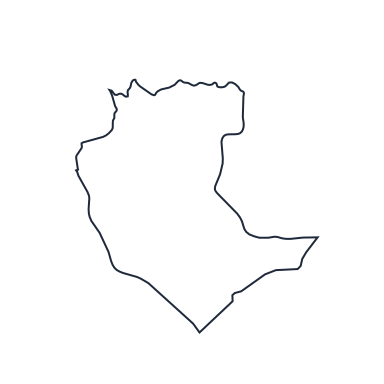 SVG path tracing the border of Central Equatoria, rotated 133°
{"feature_id": "SDS-865", "entity_name": "Central Equatoria", "entity_type": "State", "adm_level": 1, "iso_a3": "SSD", "parent_name": "South Sudan", "parent_adm1": "", "projection": "robinson", "projection_center": [30.797, 4.842], "detail": "fine", "context": "isolated", "style": "outline", "palette": "slate", "viewbox_px": 384, "rotation_deg": 133, "n_neighbors": 0, "source": "natural_earth", "source_scale": "10m", "svg_char_len": 2367}
<svg xmlns="http://www.w3.org/2000/svg" viewBox="0 0 384 384"><g transform="rotate(133 192 192)"><path d="M86.8,239.6L84.6,237.5L83.6,234.0L83.6,229.8L84.4,226.9L84.5,225.9L84.4,225.0L83.8,223.4L83.7,222.6L84.2,221.6L84.6,221.1L87.0,219.6L102.6,205.9L105.8,201.9L107.8,199.8L109.8,198.3L111.9,197.3L113.7,196.8L115.9,196.9L117.8,197.7L119.7,199.2L125.2,204.9L127.3,206.4L129.5,206.9L132.2,206.4L135.2,204.7L146.4,192.4L150.3,189.0L160.0,183.5L171.7,179.1L173.6,177.9L174.6,176.8L175.1,175.8L175.4,174.6L175.7,172.6L177.0,144.2L177.9,139.5L179.4,135.4L183.3,128.6L184.2,125.2L183.9,121.1L182.0,116.3L179.5,111.5L173.4,105.0L168.5,101.2L166.7,99.0L164.4,94.5L162.4,91.6L159.0,87.9L149.7,79.8L139.5,69.2L158.2,67.4L165.8,65.7L172.0,62.1L176.3,62.2L192.0,77.4L202.4,82.4L231.1,88.3L236.7,91.8L239.9,92.1L244.2,87.8L289.6,90.7L287.5,101.5L288.4,161.8L290.3,170.3L291.5,174.0L298.3,187.3L299.6,190.7L300.4,194.1L300.3,197.1L299.4,200.4L297.7,204.0L292.8,212.1L284.9,231.6L281.8,245.8L280.1,249.7L278.1,252.7L275.2,255.8L266.4,263.0L264.8,265.1L263.2,268.6L257.6,286.1L255.5,289.9L255.2,291.5L253.5,290.6L253.3,290.6L253.1,291.1L246.3,299.7L245.5,300.5L244.0,301.3L239.4,302.0L235.2,302.7L233.7,303.6L232.7,305.0L231.7,306.0L230.2,305.6L219.3,298.9L212.3,294.6L209.0,293.4L205.5,292.9L201.5,292.9L199.3,293.6L196.2,296.4L193.9,298.4L193.1,298.7L191.5,299.1L190.7,299.4L188.1,301.8L187.0,302.4L186.1,302.5L184.4,302.5L183.5,302.8L182.6,303.7L182.2,304.8L181.9,305.9L181.5,307.0L175.9,316.3L174.1,320.4L173.7,321.9L172.7,319.9L173.5,314.9L172.3,313.2L169.7,312.1L168.6,311.1L168.0,309.7L167.7,306.4L167.4,305.4L165.9,304.2L164.5,305.3L163.1,307.1L161.3,308.3L158.9,308.3L158.0,308.4L156.5,309.0L153.8,310.7L152.8,311.0L151.1,311.3L150.2,311.2L149.5,310.9L148.6,310.1L148.6,309.6L149.1,309.0L149.6,307.9L150.2,304.1L150.2,302.2L148.2,288.2L147.1,285.7L146.2,285.3L145.4,285.4L144.5,285.7L143.7,285.8L142.0,285.8L141.3,285.6L138.0,284.5L131.2,279.9L125.5,277.8L120.0,277.7L118.6,277.1L118.0,276.2L117.8,275.3L117.8,274.3L117.6,273.2L117.1,272.1L115.0,269.4L114.3,267.2L113.8,265.0L112.9,263.1L111.0,261.9L107.4,261.0L106.2,260.1L104.9,258.1L102.9,253.8L101.6,252.0L99.7,250.7L98.7,250.5L97.7,250.5L96.8,250.2L96.1,249.3L96.0,248.2L96.5,247.1L97.2,246.2L97.5,245.2L96.6,243.3L94.8,241.3L92.6,239.9L90.7,239.6L86.8,239.6Z" fill="none" stroke="#1e293b" stroke-width="2"/></g></svg>